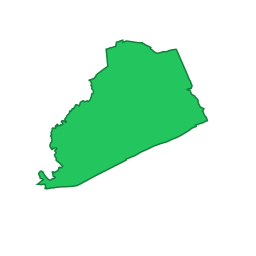 the district of Iaslovat, Suceava, Romania, rotated 118°
{"feature_id": "2599482B36355944921749", "entity_name": "Iaslovat", "entity_type": "district", "adm_level": 2, "iso_a3": "ROU", "parent_name": "Romania", "parent_adm1": "Suceava", "projection": "albers", "projection_center": [25.985, 47.761], "detail": "fine", "context": "isolated", "style": "filled", "palette": "green", "viewbox_px": 256, "rotation_deg": 118, "n_neighbors": 0, "source": "geoboundaries", "source_scale": "gbopen_adm2", "svg_char_len": 5887}
<svg xmlns="http://www.w3.org/2000/svg" viewBox="0 0 256 256"><g transform="rotate(118 128 128)"><path d="M219.3,170.4L216.6,167.1L216.4,166.7L216.0,166.1L215.6,165.2L214.9,164.6L213.7,163.0L211.6,159.8L207.5,152.7L205.5,149.6L203.4,146.8L202.5,145.8L199.6,143.7L187.6,135.8L182.9,132.6L179.9,130.4L178.2,129.4L177.4,128.6L172.5,125.3L168.9,122.7L168.2,122.4L166.9,121.3L164.5,119.6L158.7,115.6L157.3,114.6L156.6,115.2L152.8,112.1L149.4,109.1L143.1,105.2L135.9,99.6L132.0,96.9L129.4,94.5L126.5,91.9L121.7,87.0L117.6,84.0L114.1,81.1L112.1,79.5L108.7,77.2L101.2,72.8L98.9,71.9L98.3,71.4L97.6,71.1L96.6,70.3L95.7,69.4L94.5,68.6L93.9,69.4L93.8,69.7L89.3,65.5L88.1,64.2L87.4,63.7L86.5,63.3L85.4,62.5L84.3,61.3L81.9,63.7L81.3,65.4L79.6,68.3L78.6,68.8L78.1,70.1L76.0,69.9L75.3,70.1L75.5,73.2L75.4,74.0L74.8,75.1L73.4,77.0L72.3,78.1L70.6,79.2L69.7,81.0L69.2,83.0L68.6,83.9L68.4,84.8L68.4,85.8L68.4,87.6L68.3,87.9L68.0,88.4L67.2,89.1L65.2,91.4L65.6,91.6L65.7,92.1L66.0,92.5L66.4,92.8L66.4,93.0L66.2,93.3L66.3,93.7L65.9,93.5L65.4,93.5L64.9,93.2L64.8,92.8L65.0,92.5L65.0,92.3L64.7,92.1L63.7,91.6L63.2,90.8L60.7,91.2L58.7,93.6L57.8,94.4L57.1,95.4L56.7,96.3L56.3,96.8L55.9,97.1L55.4,97.9L51.5,102.6L45.3,110.4L39.2,118.1L38.9,118.3L37.3,120.6L36.3,121.7L35.9,122.4L35.9,122.5L36.3,123.0L37.4,124.5L37.8,125.1L38.6,126.1L39.4,126.9L39.8,127.6L40.3,128.1L40.5,128.0L42.0,129.4L42.2,129.6L42.6,129.9L43.4,131.3L43.7,132.0L44.4,133.1L45.8,134.3L46.1,134.8L47.4,135.9L47.9,136.7L48.5,138.4L48.5,139.7L48.3,141.1L47.8,143.3L47.7,144.5L47.4,145.5L46.3,145.5L46.1,146.6L46.1,147.3L46.2,148.4L46.2,148.8L46.4,150.3L46.5,150.3L46.6,150.6L46.5,150.9L46.3,151.5L46.4,152.4L46.4,152.7L46.2,153.2L46.1,153.8L46.1,154.0L46.4,154.2L46.5,154.3L46.4,154.6L46.3,154.9L46.4,155.8L46.2,155.8L46.8,157.0L47.1,157.2L48.2,160.0L50.7,167.0L51.9,170.3L54.8,172.5L52.9,173.8L54.8,175.8L55.0,175.6L57.6,178.5L61.7,177.2L64.2,179.7L66.4,182.2L66.6,182.3L66.8,182.2L68.7,184.3L75.4,179.8L77.4,178.6L80.9,176.2L83.2,174.8L87.1,176.9L92.2,179.3L96.1,181.0L97.6,180.6L97.9,180.6L99.1,181.2L99.5,181.2L100.0,181.0L100.3,181.1L100.8,181.8L101.9,182.8L102.4,183.0L103.3,184.2L104.0,184.7L104.4,182.9L104.6,182.3L104.8,182.0L105.7,181.4L106.1,181.0L106.4,180.8L106.8,180.7L107.8,180.8L107.9,180.7L108.0,180.4L108.2,179.5L108.8,179.0L110.0,178.7L110.3,178.6L110.5,178.3L110.9,177.0L111.1,176.4L111.4,176.0L111.7,175.8L112.9,175.3L113.7,175.2L114.1,175.4L114.4,175.6L114.9,175.9L115.2,176.0L115.9,175.7L116.6,175.3L117.2,175.2L119.3,174.9L120.5,174.7L121.1,174.7L122.8,175.1L123.1,175.3L123.2,175.7L122.9,176.2L122.9,176.4L124.7,178.0L125.1,178.7L125.2,179.0L125.0,179.7L125.0,180.1L125.1,180.5L125.3,180.7L126.3,181.3L126.6,181.6L127.6,182.0L128.5,182.0L130.2,181.5L131.0,181.4L131.4,181.5L131.5,181.6L131.3,183.0L131.4,183.5L131.8,184.7L132.0,184.9L132.3,185.1L132.6,185.2L132.8,185.1L133.1,184.8L133.3,184.7L134.9,185.2L136.0,184.9L136.6,185.0L136.8,185.4L136.8,185.8L137.0,186.1L137.5,186.2L138.2,186.2L138.7,186.4L139.5,186.2L140.0,186.3L140.0,186.5L140.0,187.0L140.3,187.3L140.5,187.4L140.8,187.4L141.4,187.0L142.4,186.8L143.9,187.1L144.8,187.6L145.3,187.6L148.3,187.6L149.1,187.9L149.6,187.9L150.0,187.8L150.3,187.7L150.8,187.1L151.0,186.8L151.2,185.5L151.3,185.4L151.7,185.2L152.0,185.3L152.3,186.4L152.3,186.9L151.9,187.5L151.9,188.2L151.9,188.8L152.4,189.4L153.0,189.8L153.5,189.9L154.1,189.5L154.2,189.3L154.2,189.1L154.1,188.6L154.2,188.1L154.9,187.5L155.5,187.5L155.8,187.5L156.1,187.7L156.4,188.0L156.6,188.5L156.7,188.9L156.9,189.2L157.7,189.3L158.0,189.4L158.3,189.8L158.5,190.1L158.6,190.5L158.5,191.2L158.2,191.5L157.9,191.6L157.8,191.8L157.8,192.0L158.0,192.3L158.4,192.4L160.0,191.6L160.3,191.9L160.3,192.0L159.9,192.3L159.8,192.7L160.0,192.9L160.5,192.9L160.9,192.7L161.8,191.9L162.2,191.9L162.5,192.2L162.5,192.4L163.3,194.3L163.5,194.6L163.9,194.7L164.1,194.6L164.2,194.2L164.4,194.1L165.4,194.1L166.1,193.6L166.4,193.6L167.4,193.8L168.3,193.6L169.1,193.2L169.6,192.6L169.7,192.2L169.9,192.1L170.1,192.1L170.9,192.6L171.5,192.5L171.7,192.4L171.8,192.2L171.9,191.3L172.1,191.1L173.0,190.7L174.3,189.5L174.9,189.2L175.4,189.2L176.2,188.8L176.4,188.9L177.2,189.3L177.5,189.4L177.8,189.4L178.2,189.0L178.4,188.9L179.1,189.0L179.8,188.9L180.3,188.5L180.8,188.3L181.9,187.0L181.9,186.3L182.5,185.7L182.7,185.0L182.6,184.8L182.3,184.5L182.0,184.5L181.9,184.7L181.8,185.2L181.7,185.3L181.3,185.3L181.1,185.0L181.1,184.3L180.1,183.4L179.3,182.2L179.2,181.9L179.2,181.7L179.6,181.1L180.0,180.9L180.3,181.0L180.9,181.4L181.4,181.9L181.6,182.1L181.8,182.2L182.4,182.0L182.9,181.5L183.0,181.3L183.1,180.7L183.2,180.2L183.6,179.8L184.4,179.8L185.2,180.0L185.9,180.4L186.3,180.3L187.8,178.5L188.2,177.5L188.4,177.2L188.9,176.9L190.0,176.5L190.2,176.3L190.8,173.9L191.0,173.5L191.0,172.9L190.9,172.5L191.0,171.8L191.4,171.3L191.4,170.8L191.7,170.5L191.7,170.2L191.8,169.7L192.2,169.1L192.3,168.8L192.2,168.5L192.0,168.2L192.1,167.9L193.8,167.9L194.3,168.1L194.5,168.4L194.6,168.7L194.5,169.3L194.6,169.6L194.8,170.1L195.2,170.3L195.5,170.4L196.4,169.9L197.5,170.0L198.4,169.9L199.0,170.0L199.4,170.6L200.1,171.1L200.7,171.3L201.5,171.4L201.8,171.6L202.0,172.0L202.0,172.3L201.6,173.0L202.1,174.0L202.3,174.2L202.7,174.1L203.5,173.1L205.0,172.0L205.7,171.3L205.7,170.8L205.6,170.2L205.4,169.6L205.5,169.2L206.2,169.1L207.0,169.5L207.4,169.8L207.7,170.4L208.2,170.9L210.2,171.7L210.3,171.8L210.5,172.2L210.9,173.5L210.6,174.9L209.9,176.9L208.7,179.8L207.5,181.6L206.9,182.3L206.8,182.6L206.6,183.5L206.7,184.0L206.8,184.5L207.5,185.1L209.8,185.6L210.0,185.5L210.4,185.2L211.2,184.4L211.5,184.1L212.5,182.6L213.5,182.2L213.6,181.9L213.6,181.4L213.1,179.8L213.2,178.5L213.6,178.5L214.7,179.1L215.7,179.6L216.3,180.0L218.3,180.6L220.1,181.5L219.4,180.0L219.2,179.1L218.8,178.1L216.7,175.1L217.7,173.9L218.4,173.4L218.9,173.1L220.0,172.9L219.3,172.1L220.1,171.7L219.3,170.4Z" fill="#22c55e" stroke="#15803d" stroke-width="1.5"/></g></svg>